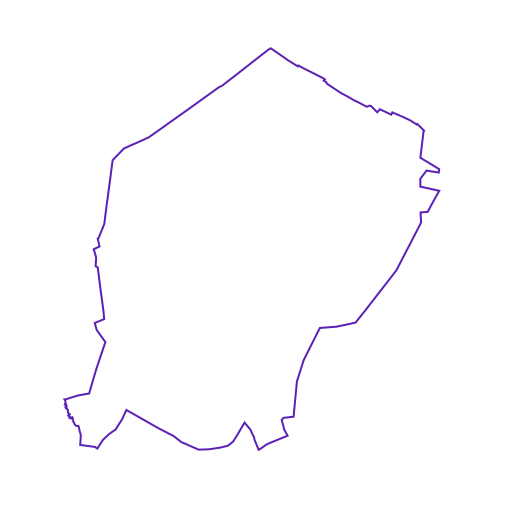 Cesvaine, Cesvaines, Latvia (Mercator projection), rotated 276°
{"feature_id": "27541924B54491837054784", "entity_name": "Cesvaine", "entity_type": "district", "adm_level": 2, "iso_a3": "LVA", "parent_name": "Latvia", "parent_adm1": "Cesvaines", "projection": "mercator", "projection_center": [26.306, 56.965], "detail": "fine", "context": "isolated", "style": "outline", "palette": "violet", "viewbox_px": 512, "rotation_deg": 276, "n_neighbors": 0, "source": "geoboundaries", "source_scale": "gbopen_adm2", "svg_char_len": 3015}
<svg xmlns="http://www.w3.org/2000/svg" viewBox="0 0 512 512"><g transform="rotate(276 256 256)"><path d="M172.0,102.8L171.8,102.9L171.6,103.0L171.3,103.1L171.1,103.2L168.5,104.2L165.8,105.3L154.6,115.2L126.4,108.9L101.8,104.4L98.8,93.9L97.9,91.7L93.3,81.0L93.3,80.6L91.6,81.7L89.9,81.8L88.9,81.7L88.7,82.7L88.4,82.7L88.2,82.7L87.9,82.1L87.6,82.8L87.1,83.3L86.4,83.3L86.0,82.4L85.5,82.3L84.4,83.3L84.4,83.7L84.4,84.0L84.2,84.1L83.9,84.2L83.5,84.7L83.1,85.1L82.6,85.1L82.0,85.2L81.3,85.3L80.6,85.4L80.2,85.8L79.9,86.3L79.4,86.9L79.0,87.4L78.6,87.1L78.4,86.7L78.2,86.2L77.7,85.9L77.6,86.2L77.4,86.8L76.9,87.1L76.6,87.7L76.4,87.7L75.5,87.4L75.3,88.3L75.2,89.1L75.4,89.3L75.5,89.5L76.0,89.7L76.5,90.0L76.1,90.4L75.7,90.8L75.2,90.7L74.7,90.6L74.3,90.7L73.9,90.9L73.4,91.3L72.8,91.7L72.3,91.7L71.9,91.7L71.5,92.1L71.2,92.5L70.4,92.8L69.6,93.2L68.9,94.1L68.2,95.0L68.5,97.1L66.2,98.0L63.2,99.0L59.9,100.4L55.7,100.7L49.7,100.9L49.7,101.6L49.3,115.8L47.9,118.4L51.2,120.0L57.1,123.0L59.3,124.8L63.8,128.8L66.1,131.4L68.6,134.4L79.4,139.8L89.3,143.2L74.3,177.5L71.3,185.3L68.2,193.1L63.1,201.3L61.0,208.0L60.8,208.7L60.5,209.3L59.0,214.3L57.4,219.2L58.9,229.7L60.0,233.9L61.1,238.1L61.4,239.3L61.7,240.5L64.4,248.0L69.0,252.6L75.8,256.0L89.1,262.0L82.8,268.6L76.9,272.0L76.4,272.6L74.9,273.3L74.0,273.3L63.5,278.9L64.9,280.8L70.0,286.6L80.6,306.2L86.1,302.3L95.8,298.7L97.9,300.3L100.1,310.2L100.8,310.2L101.3,310.2L107.8,310.1L135.5,309.8L157.4,314.3L191.1,327.0L194.1,343.4L198.0,355.5L200.2,362.0L213.5,370.5L214.6,371.2L217.4,372.9L236.1,384.5L238.0,385.7L256.4,397.1L263.6,399.9L274.8,404.3L286.0,408.7L296.3,412.7L306.6,416.7L316.5,415.1L317.8,422.1L321.7,423.7L325.6,425.3L332.8,428.3L340.0,431.4L340.6,426.1L341.2,420.9L341.7,416.6L342.2,412.2L346.1,411.8L349.9,411.3L354.3,414.0L358.8,416.7L358.4,422.9L358.1,429.0L361.5,429.1L370.9,409.2L384.2,409.4L397.5,409.6L398.1,410.1L401.4,406.1L404.2,402.5L403.6,402.0L407.1,395.0L408.3,391.5L409.7,387.3L410.5,384.9L413.1,376.6L410.7,375.8L414.9,363.9L411.6,361.5L417.1,354.9L417.4,353.2L416.7,351.9L416.0,350.6L417.7,346.2L419.5,341.8L420.2,339.8L420.9,337.9L421.2,337.0L424.3,330.1L426.8,323.8L433.4,311.1L434.6,308.8L436.4,307.5L436.7,306.8L437.4,305.1L439.0,306.0L440.2,303.3L442.1,298.3L442.2,298.0L447.6,283.7L449.9,278.3L448.9,277.8L450.6,274.4L454.1,267.2L460.7,255.3L464.1,248.9L462.7,247.0L458.4,242.5L456.8,240.8L446.6,230.2L446.2,229.9L445.9,229.5L445.6,229.2L445.3,228.9L433.6,216.8L422.0,204.7L420.9,203.1L419.9,201.4L395.1,173.6L381.6,158.3L377.4,153.5L373.1,148.7L362.8,136.9L360.4,132.9L355.9,125.2L354.8,123.2L353.7,121.2L351.4,117.3L349.1,113.4L336.3,103.4L315.8,102.9L295.4,102.3L293.9,102.2L292.5,102.2L289.9,102.1L287.3,102.1L279.8,101.9L272.3,101.8L269.2,101.0L256.9,97.4L256.7,96.8L249.1,99.4L248.8,98.9L246.2,94.6L245.7,93.9L241.4,95.8L237.6,97.2L229.0,97.6L228.5,98.8L228.2,99.8L222.6,101.1L207.6,104.6L197.4,107.1L187.2,109.6L186.4,109.8L185.6,110.0L177.4,111.6L172.5,102.6L172.0,102.8Z" fill="none" stroke="#5b21b6" stroke-width="2"/></g></svg>